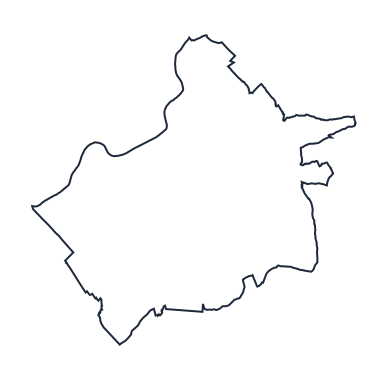 outline of Bradesti, Dolj, Romania, rotated 94°
{"feature_id": "2599482B10867437215868", "entity_name": "Bradesti", "entity_type": "district", "adm_level": 2, "iso_a3": "ROU", "parent_name": "Romania", "parent_adm1": "Dolj", "projection": "mercator", "projection_center": [23.618, 44.508], "detail": "fine", "context": "isolated", "style": "outline", "palette": "slate", "viewbox_px": 384, "rotation_deg": 94, "n_neighbors": 0, "source": "geoboundaries", "source_scale": "gbopen_adm2", "svg_char_len": 5867}
<svg xmlns="http://www.w3.org/2000/svg" viewBox="0 0 384 384"><g transform="rotate(94 192 192)"><path d="M217.2,350.4L218.9,349.9L220.5,349.0L229.3,339.3L235.6,332.1L242.4,325.1L245.0,321.7L249.0,318.0L260.6,306.2L269.4,313.8L271.3,312.1L271.6,312.4L272.0,311.6L272.8,311.2L276.7,308.1L291.5,297.3L299.7,291.1L298.4,289.8L301.3,287.3L301.8,286.7L301.0,284.6L300.6,284.4L305.0,280.9L304.9,280.3L304.4,280.1L305.0,279.7L307.0,277.8L304.4,276.0L305.5,274.9L310.4,274.4L311.7,273.7L312.4,274.4L313.9,274.1L314.9,274.2L315.2,273.6L315.6,273.4L315.8,273.7L315.7,274.2L316.5,275.0L318.6,275.0L319.0,275.2L318.6,276.0L319.3,276.4L320.0,276.5L320.7,276.2L321.3,276.8L323.9,274.9L326.8,274.5L330.0,273.0L333.3,270.6L349.3,253.4L348.2,252.4L344.9,247.9L343.2,246.4L338.8,243.0L335.2,242.4L334.4,242.0L332.1,239.6L328.6,236.3L325.0,234.9L321.1,232.1L317.0,228.0L313.4,225.7L311.9,223.5L311.1,221.9L317.7,219.7L317.0,217.9L317.2,217.4L317.7,217.3L317.0,216.6L316.5,216.4L317.2,215.9L317.3,215.3L316.1,214.2L314.5,213.4L313.4,214.0L312.6,214.0L312.8,213.8L312.7,213.5L308.2,212.2L307.3,211.0L310.6,209.7L310.8,173.2L302.9,173.3L307.0,171.7L307.7,171.1L308.3,170.1L308.4,169.5L308.4,168.4L308.0,165.7L308.2,164.3L307.5,162.0L307.5,161.4L307.9,160.1L308.0,159.2L307.4,158.0L306.1,155.7L303.9,153.7L303.5,150.0L302.7,147.8L301.9,146.8L296.5,142.1L295.8,140.2L295.1,139.2L294.9,137.6L293.9,136.7L288.1,133.9L285.2,133.5L283.7,133.0L282.3,133.1L276.8,135.0L275.6,135.0L274.8,133.7L273.8,132.6L271.9,129.1L271.6,128.0L271.3,126.2L270.8,125.8L280.6,121.0L281.8,120.2L280.6,118.2L279.4,116.9L277.8,116.1L276.9,116.1L277.3,115.9L277.0,115.2L277.6,115.0L277.6,114.8L268.8,112.2L267.9,111.8L266.2,110.6L264.4,108.7L262.6,106.2L261.9,104.8L261.3,102.4L259.8,101.7L259.4,101.1L259.4,99.8L259.9,98.7L259.9,98.1L259.7,95.3L259.8,93.1L259.7,88.0L260.5,86.0L260.9,83.4L261.6,80.2L262.1,79.1L262.2,78.1L262.1,76.5L262.4,75.5L262.9,71.5L262.9,70.4L263.2,68.5L263.2,67.9L263.1,67.5L261.8,66.0L259.9,65.0L258.2,64.7L255.9,63.8L253.4,61.9L252.3,62.3L249.9,62.2L243.5,63.1L239.6,63.0L236.5,63.9L233.7,64.1L229.7,65.6L227.2,65.8L225.7,66.3L223.2,66.5L221.8,66.3L216.7,67.0L215.5,67.7L215.4,67.5L214.0,67.9L212.0,68.0L210.3,69.1L207.9,70.0L205.4,70.5L201.3,70.3L197.4,71.3L194.5,72.3L192.6,73.4L190.4,74.9L190.5,75.5L190.3,75.6L185.6,79.5L184.2,80.2L183.6,80.8L182.1,81.2L180.1,82.8L179.7,82.9L179.5,82.6L178.3,83.0L177.9,82.7L176.8,83.2L176.7,83.1L177.1,82.6L176.6,82.7L176.1,82.3L175.1,83.0L174.3,83.2L174.6,82.4L175.1,80.2L176.0,77.5L175.7,75.7L175.0,73.3L175.3,69.3L174.6,67.1L174.5,66.5L174.6,65.1L175.1,61.6L176.1,58.0L172.4,57.6L168.8,56.5L167.3,55.6L166.9,54.8L165.1,53.7L164.3,52.8L163.6,52.5L162.6,53.2L159.0,54.9L159.2,55.1L156.8,56.6L156.1,57.5L153.7,59.0L153.2,59.5L153.5,60.5L154.3,62.1L154.8,64.4L155.1,64.7L156.2,64.7L156.8,65.8L157.1,65.8L157.5,66.5L156.6,67.2L152.7,69.1L152.7,69.7L152.4,69.9L152.6,70.9L153.5,71.9L153.3,73.7L153.4,74.2L154.1,75.0L154.9,76.4L155.4,76.6L155.4,77.3L155.8,77.8L155.8,78.2L155.5,79.4L156.3,80.2L155.9,81.2L156.0,81.7L157.0,82.6L157.3,82.6L157.7,83.4L157.4,84.7L157.1,85.1L157.0,85.6L155.7,85.4L155.1,84.6L154.7,84.4L152.9,84.4L149.8,84.9L147.2,85.9L145.6,85.7L144.6,86.1L140.2,86.6L139.8,85.2L137.7,82.2L136.5,79.8L136.2,79.5L135.5,76.8L135.5,75.5L134.8,71.4L134.4,69.9L133.7,68.4L130.5,64.4L127.8,59.5L127.9,56.8L125.9,59.6L125.6,59.4L124.9,57.4L124.7,56.0L124.2,54.7L122.5,52.7L120.9,49.4L119.2,46.7L118.8,45.8L118.2,43.4L116.8,41.9L115.9,40.4L115.8,37.1L114.8,34.8L114.2,34.2L113.6,33.9L112.5,34.3L111.9,33.6L107.5,35.3L105.4,35.7L106.3,38.4L105.9,39.9L105.9,41.3L106.4,44.6L107.0,46.6L107.9,47.9L109.0,53.1L109.4,54.0L109.3,55.0L110.0,56.9L109.9,58.5L110.3,60.2L110.9,61.6L111.1,63.0L111.0,65.2L110.6,66.4L110.9,66.8L110.7,67.5L110.9,68.3L110.2,68.7L109.6,74.0L108.6,75.0L108.3,75.9L108.3,77.1L108.0,79.1L106.8,82.2L106.9,83.9L107.7,84.1L107.9,84.4L108.1,86.3L108.2,89.0L108.5,90.5L107.9,92.4L107.9,93.2L108.2,93.8L108.7,94.0L109.6,95.6L109.7,96.9L110.4,97.5L110.7,99.6L111.3,100.3L111.2,100.9L111.1,102.3L113.1,104.0L113.5,104.0L113.9,104.5L114.2,104.5L114.2,105.1L114.5,105.4L113.9,106.1L108.2,105.5L108.0,106.6L106.8,106.6L106.0,107.0L105.9,107.1L106.0,107.5L99.5,112.0L100.7,113.4L100.5,114.3L98.4,115.0L98.2,114.9L98.2,114.6L95.7,115.3L93.1,117.5L92.1,119.1L86.6,123.9L87.0,123.8L86.5,124.6L86.0,124.7L83.1,126.6L82.5,127.6L80.7,129.1L79.4,130.5L82.2,133.3L87.2,137.4L89.1,138.6L88.7,139.2L89.4,141.5L87.6,141.8L86.3,142.5L85.9,142.4L84.4,142.9L82.1,144.4L80.8,146.1L78.8,147.5L78.6,147.9L78.7,148.4L78.5,149.1L78.0,149.2L77.7,149.9L77.1,150.5L76.9,151.1L75.9,151.9L75.4,152.9L68.7,160.2L65.7,163.0L64.2,164.8L59.9,159.3L58.5,163.0L53.1,158.6L46.8,166.3L40.6,172.7L41.5,175.0L41.5,175.9L41.2,178.1L40.1,182.4L39.8,183.2L37.6,186.3L36.2,187.9L34.8,188.2L34.7,189.0L35.0,190.2L35.8,192.1L37.9,195.2L39.1,197.8L40.8,200.8L40.4,201.9L40.8,203.1L38.2,205.5L40.3,206.5L43.6,209.2L51.2,213.4L53.1,215.3L54.7,216.6L55.7,217.2L57.0,217.6L59.8,217.8L66.1,217.8L67.6,217.4L70.1,217.2L74.0,216.3L75.2,215.8L77.6,214.4L80.1,212.2L82.5,210.5L83.8,209.8L89.1,208.1L90.8,208.0L92.0,208.5L95.2,210.6L99.0,214.1L100.3,215.9L102.0,217.3L102.1,218.0L102.5,218.7L104.2,220.5L108.1,223.4L111.0,224.5L113.4,225.1L115.2,225.1L118.5,224.4L122.3,223.3L125.0,222.3L127.5,221.7L130.0,221.8L131.2,222.3L135.3,226.4L136.4,227.8L137.7,228.9L138.8,230.5L139.7,231.3L152.9,253.2L157.7,260.0L159.4,263.2L160.9,267.6L161.7,272.0L161.3,274.8L159.3,278.1L156.9,279.8L152.5,282.2L151.9,282.8L151.0,284.1L149.8,286.9L149.4,288.8L149.2,292.3L151.6,296.9L153.9,299.5L157.5,302.1L164.5,304.8L167.8,305.4L173.7,307.2L176.8,309.4L178.2,310.1L180.4,311.6L183.4,313.2L189.6,314.4L191.9,314.9L193.6,315.5L201.2,323.3L202.8,325.6L203.9,326.7L205.2,329.4L210.7,337.6L212.6,340.1L215.5,342.9L217.0,345.5L217.4,347.1L217.3,349.7L217.2,350.4Z" fill="none" stroke="#1e293b" stroke-width="2"/></g></svg>